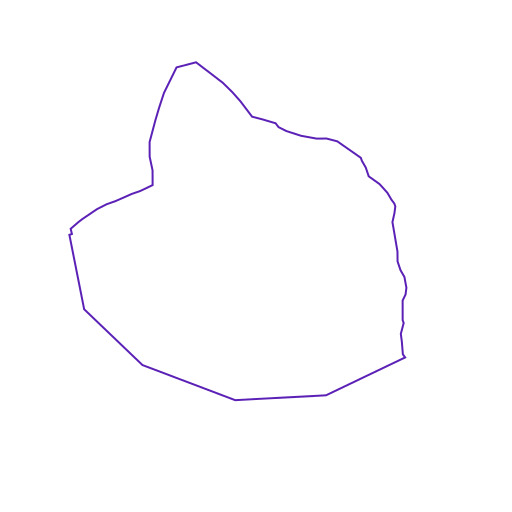 Tanta 2, Al Gharbiyah, Egypt (Mercator projection), rotated 116°
{"feature_id": "37247803B26296956455174", "entity_name": "Tanta 2", "entity_type": "district", "adm_level": 2, "iso_a3": "EGY", "parent_name": "Egypt", "parent_adm1": "Al Gharbiyah", "projection": "mercator", "projection_center": [30.983, 30.786], "detail": "fine", "context": "isolated", "style": "outline", "palette": "violet", "viewbox_px": 512, "rotation_deg": 116, "n_neighbors": 0, "source": "geoboundaries", "source_scale": "gbopen_adm2", "svg_char_len": 1035}
<svg xmlns="http://www.w3.org/2000/svg" viewBox="0 0 512 512"><g transform="rotate(116 256 256)"><path d="M312.8,434.5L316.9,431.1L318.8,433.0L379.2,387.1L396.0,334.6L403.8,310.2L400.6,275.6L394.7,211.5L393.3,209.0L384.7,193.6L353.7,137.7L350.5,132.0L281.8,77.5L281.3,78.4L280.0,80.9L269.0,87.4L262.5,91.7L251.5,93.9L249.3,96.1L231.7,104.7L225.1,104.7L218.6,106.9L209.8,113.4L205.4,119.9L198.8,126.4L190.0,130.8L170.2,145.0L165.8,148.2L157.0,150.3L150.4,152.5L148.2,154.7L146.0,159.0L141.6,165.6L138.3,173.7L137.2,176.5L135.0,189.6L128.4,196.1L124.0,202.6L121.8,204.8L118.5,225.7L117.3,233.2L119.5,244.1L123.9,252.9L128.2,268.2L130.4,283.5L130.3,292.2L128.1,296.6L129.6,305.4L130.3,309.7L132.5,320.6L123.7,338.0L119.2,348.9L114.8,362.0L114.0,366.1L112.6,372.9L108.2,394.8L121.3,410.1L149.8,410.2L165.1,408.1L178.3,405.9L200.2,401.6L213.4,395.1L224.4,386.5L237.6,380.0L248.5,388.7L254.3,394.5L254.7,394.9L268.2,406.3L274.8,412.8L283.5,419.4L298.8,428.2L303.2,430.4L312.8,434.5Z" fill="none" stroke="#5b21b6" stroke-width="2"/></g></svg>